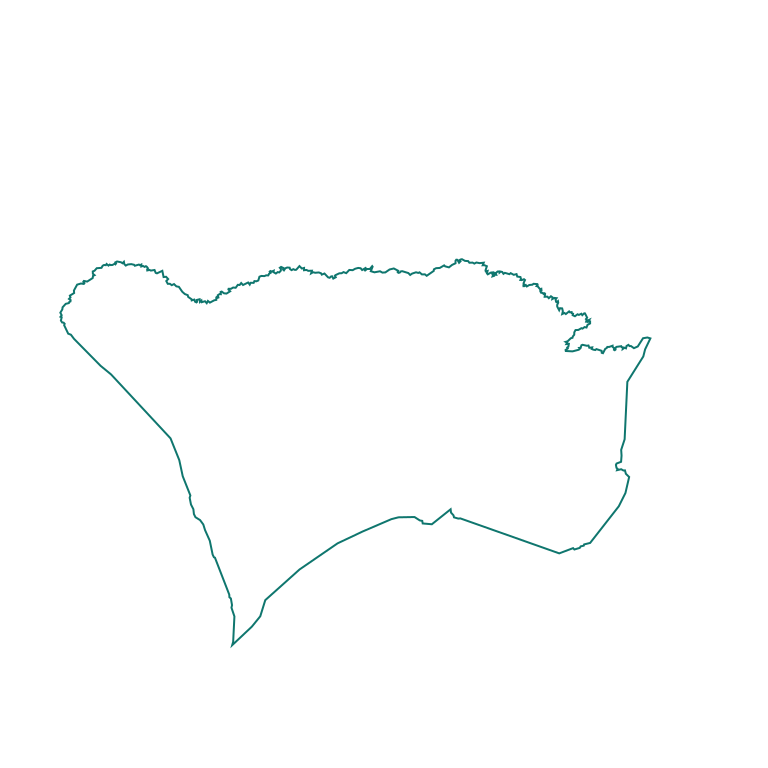 the district of Sam Sung, Khon Kaen, Thailand, rotated 242°
{"feature_id": "78962969B89494926735962", "entity_name": "Sam Sung", "entity_type": "district", "adm_level": 2, "iso_a3": "THA", "parent_name": "Thailand", "parent_adm1": "Khon Kaen", "projection": "equal_earth", "projection_center": [103.084, 16.556], "detail": "fine", "context": "isolated", "style": "outline", "palette": "teal", "viewbox_px": 768, "rotation_deg": 242, "n_neighbors": 0, "source": "geoboundaries", "source_scale": "gbopen_adm2", "svg_char_len": 6166}
<svg xmlns="http://www.w3.org/2000/svg" viewBox="0 0 768 768"><g transform="rotate(242 384 384)"><path d="M454.7,513.3L457.6,511.4L458.0,509.9L457.8,508.3L456.4,509.0L455.8,507.2L459.2,507.1L459.8,506.2L459.3,505.1L457.0,503.8L457.2,500.1L456.5,496.1L459.2,493.2L460.5,492.8L460.3,487.7L461.8,484.4L461.8,481.9L460.5,481.0L459.5,472.5L461.6,471.6L463.0,468.9L465.9,467.8L466.0,466.4L467.6,464.7L468.3,460.6L468.0,458.3L470.5,457.6L475.0,453.1L475.5,451.9L475.0,450.2L475.4,448.9L476.5,448.6L477.3,449.7L481.4,446.9L482.5,442.7L481.9,437.6L483.1,434.9L485.4,433.4L487.1,428.0L489.8,425.3L492.9,429.0L493.6,428.9L492.2,425.5L493.5,423.0L493.1,420.6L493.9,420.4L494.6,422.2L495.1,422.2L494.9,418.2L497.2,417.7L498.6,415.7L499.3,412.6L499.2,409.8L501.0,406.9L499.6,402.7L501.8,400.8L501.7,398.6L502.7,396.5L502.9,392.2L502.6,391.4L500.9,391.5L500.9,388.7L503.4,388.8L503.8,387.9L503.3,385.9L504.4,384.7L509.5,383.3L509.8,380.4L511.3,380.4L513.1,378.8L514.5,375.5L516.0,373.8L515.9,371.6L517.9,373.5L519.5,370.2L521.1,369.1L522.0,366.8L524.0,367.9L524.5,365.7L527.8,364.7L526.1,360.2L526.5,359.0L528.0,357.8L527.9,355.9L529.5,355.0L531.0,355.3L532.3,353.2L532.5,351.2L531.3,349.0L532.4,348.6L533.7,349.6L535.7,348.1L535.5,346.6L534.0,347.0L532.5,346.1L531.7,343.9L532.7,342.7L532.3,340.4L534.7,338.9L535.8,339.8L536.0,337.7L537.1,336.7L536.8,335.8L535.4,336.0L535.3,334.3L534.2,332.8L535.3,330.9L535.4,329.1L537.0,326.4L537.2,324.4L534.4,321.6L534.6,319.5L535.7,317.9L534.5,316.4L536.0,313.7L534.8,312.1L537.4,311.7L537.6,306.0L540.2,305.3L539.2,303.0L540.2,301.5L538.6,298.2L540.0,296.1L539.9,293.6L541.0,291.5L540.5,291.0L538.1,291.7L537.8,287.4L539.2,285.3L541.8,284.1L542.0,283.0L539.9,282.1L540.6,281.0L540.4,279.0L538.1,278.4L538.2,277.7L539.4,277.5L539.2,276.6L537.0,275.4L537.6,273.4L537.6,268.5L540.0,267.5L538.6,265.4L541.1,264.8L541.8,261.5L543.4,262.0L542.9,260.0L545.4,261.0L546.1,258.1L544.3,257.5L544.1,256.7L545.4,255.8L547.6,256.1L548.1,253.5L549.1,253.9L552.8,252.0L554.6,252.4L556.9,250.4L560.1,249.2L566.1,248.5L567.7,246.5L570.8,245.5L570.9,243.0L573.0,242.0L574.0,240.1L577.1,240.1L578.0,242.7L581.0,241.9L581.9,239.6L588.0,241.4L588.3,235.5L589.3,234.6L592.4,234.9L593.6,231.4L594.8,230.5L595.4,228.3L596.4,228.7L597.0,229.9L598.9,229.6L599.8,229.1L599.8,227.6L601.4,226.6L601.7,224.9L603.4,225.8L603.4,224.3L604.5,223.7L605.4,219.5L606.6,219.3L608.5,217.1L609.8,213.9L609.8,211.6L611.7,211.0L614.0,211.7L613.4,209.8L615.0,208.9L617.5,205.8L617.5,203.9L616.2,204.0L615.8,203.1L616.6,202.9L616.6,200.1L617.3,198.5L618.2,197.9L617.9,196.3L620.2,195.4L619.5,194.2L620.5,192.7L620.5,191.1L619.2,189.1L621.1,184.7L619.9,181.6L620.1,179.7L618.0,178.7L616.0,179.5L616.1,177.9L614.3,176.5L613.8,170.0L615.9,167.4L615.4,166.5L613.7,166.8L613.3,165.9L615.0,163.6L615.8,159.7L612.1,154.1L609.8,153.1L609.5,148.1L607.6,147.8L607.0,145.8L605.2,146.7L604.1,145.9L604.2,144.7L603.4,143.7L604.2,140.6L602.6,136.2L600.9,135.0L598.9,131.7L596.1,131.7L595.2,129.9L594.2,130.7L591.7,128.5L589.4,128.7L588.6,129.9L587.1,130.3L586.1,129.2L576.7,128.8L574.5,130.7L569.4,131.5L533.1,142.3L520.6,147.5L436.2,170.0L412.9,167.5L397.1,163.0L376.5,160.7L374.8,159.0L368.2,157.0L362.9,156.9L358.4,155.1L354.9,155.0L350.2,157.7L344.8,158.5L339.0,157.4L327.4,156.6L313.8,152.6L310.9,152.5L310.0,153.2L270.7,148.5L268.3,147.4L266.5,148.1L260.1,146.0L258.1,144.3L249.0,142.8L227.2,129.8L224.7,127.4L231.8,153.4L237.0,165.7L248.9,177.7L259.9,222.4L265.1,268.2L263.8,295.9L261.2,327.1L259.5,334.2L252.2,348.5L246.7,351.6L245.2,353.5L242.7,352.7L237.7,360.4L242.1,384.0L239.0,382.8L235.4,383.7L233.4,383.2L230.3,386.4L229.5,388.3L152.2,459.2L150.3,473.9L148.5,474.4L147.4,479.9L148.3,481.4L147.5,484.5L148.4,485.4L146.9,491.4L165.8,533.9L174.4,546.0L186.8,556.8L191.2,555.4L194.6,556.2L195.2,554.8L197.4,553.4L198.5,549.3L199.5,550.4L200.8,549.9L203.7,550.8L204.6,552.0L204.0,556.8L209.2,560.1L214.5,562.5L222.2,570.5L271.7,599.9L286.6,625.9L292.0,630.8L299.2,640.6L301.4,638.4L302.8,634.2L298.0,625.7L298.3,621.5L301.5,619.9L302.2,618.6L303.8,618.2L303.7,616.0L301.9,614.4L303.1,613.4L302.8,611.2L304.1,612.2L305.0,611.1L306.0,611.2L307.6,606.8L307.4,605.5L305.7,604.6L305.5,603.6L306.3,603.1L307.4,604.0L309.4,603.3L310.5,603.8L311.0,600.3L311.9,598.6L311.2,597.5L311.2,595.9L308.4,591.8L309.3,590.9L311.2,591.7L315.1,587.9L314.8,586.5L316.1,584.9L317.5,583.8L318.6,585.0L319.6,582.3L322.0,582.6L322.5,581.1L325.4,577.7L325.5,576.5L323.7,574.7L324.2,573.4L323.2,573.6L322.8,572.1L324.3,565.8L327.8,560.0L328.8,560.3L329.1,562.9L330.2,562.9L330.4,564.3L332.6,566.0L333.6,563.8L334.4,565.1L335.9,564.2L335.5,566.2L336.7,570.4L336.3,572.1L337.3,573.0L338.2,575.1L340.3,576.3L341.7,578.4L340.5,581.0L340.6,584.5L339.7,585.3L340.1,587.8L338.8,589.3L340.7,591.5L340.7,594.4L342.4,595.3L343.1,593.4L344.3,595.4L344.5,592.1L345.6,593.1L346.5,592.8L347.2,594.5L352.0,594.6L352.4,594.0L351.7,591.4L353.4,591.2L353.5,588.5L354.7,587.6L354.2,584.4L356.2,582.9L357.3,583.9L358.4,583.0L359.4,583.4L360.1,581.7L361.2,581.5L360.4,577.4L362.0,576.7L362.1,574.2L364.3,576.1L367.1,576.8L368.3,575.0L366.9,573.3L371.0,573.3L372.5,574.0L374.0,576.0L375.5,576.5L375.2,574.9L375.8,574.5L378.1,575.2L378.8,576.6L380.0,574.9L380.0,572.5L381.3,573.5L383.1,572.6L382.4,569.8L384.4,569.3L385.6,566.8L388.0,568.6L388.7,568.4L388.7,567.1L389.6,567.1L390.9,565.5L392.6,565.6L392.5,566.9L394.2,567.6L394.4,566.3L397.9,565.6L398.8,564.7L399.4,566.2L400.2,566.3L402.3,563.0L402.0,561.7L403.2,558.8L403.1,555.9L404.7,555.7L404.4,554.1L404.9,553.1L405.6,553.4L405.9,554.7L406.9,554.2L407.9,555.0L409.6,557.3L410.8,556.8L411.1,554.3L411.8,553.3L412.5,554.3L414.4,554.7L416.3,552.1L418.8,552.6L419.5,549.8L422.4,547.9L422.1,546.3L425.4,542.9L425.2,541.2L427.4,541.0L428.5,539.8L428.1,538.2L429.3,538.6L430.0,537.1L429.5,535.2L430.1,533.5L429.1,533.3L428.9,534.6L427.7,534.4L428.8,532.8L427.8,532.1L428.1,530.4L429.0,531.4L430.3,531.3L430.7,533.0L431.2,533.1L432.2,530.7L432.1,527.1L433.4,526.8L435.2,528.5L435.6,526.7L436.7,527.0L439.7,530.1L441.8,528.4L442.5,526.9L444.3,529.0L445.8,525.2L447.9,522.6L447.9,520.3L449.6,519.2L451.0,516.3L453.0,516.0L454.7,513.3Z" fill="none" stroke="#0f766e" stroke-width="2"/></g></svg>